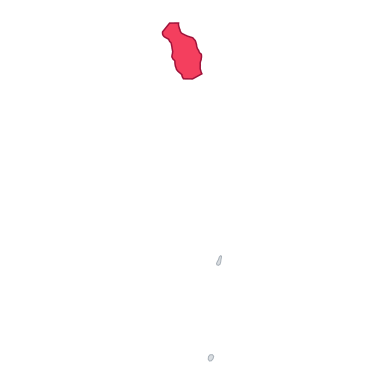 location of North Miladhunmadulu, Maldives
{"feature_id": "70690204B13524442343529", "entity_name": "North Miladhunmadulu", "entity_type": "district", "adm_level": 2, "iso_a3": "MDV", "parent_name": "Maldives", "parent_adm1": "", "projection": "robinson", "projection_center": [73.105, 6.23], "detail": "fine", "context": "in_parent", "style": "filled", "palette": "rose", "viewbox_px": 384, "rotation_deg": 0, "n_neighbors": 0, "source": "geoboundaries", "source_scale": "gbopen_adm2", "svg_char_len": 3176}
<svg xmlns="http://www.w3.org/2000/svg" viewBox="0 0 384 384"><path d="M220.0,264.3L218.5,265.3L217.0,264.9L216.5,263.7L217.2,261.9L218.5,259.6L219.3,257.1L220.6,255.7L221.5,256.2L221.4,257.6L221.0,259.5L220.7,262.0L220.0,264.3ZM211.3,360.8L209.4,361.0L208.2,359.2L208.5,356.6L210.0,354.8L212.4,354.7L213.7,356.3L213.0,358.8L211.3,360.8Z" fill="#d9dde1" stroke="#a8b0b8" stroke-width="1"/><path d="M162.6,31.8L162.6,32.0L162.5,32.4L162.5,32.8L162.5,33.2L162.5,33.4L162.6,33.6L162.6,33.9L162.6,34.2L162.8,34.7L162.9,35.0L163.0,35.1L163.2,35.5L163.4,35.7L163.5,35.9L163.7,36.1L163.9,36.4L164.0,36.5L164.5,36.9L164.6,37.0L165.0,37.2L165.5,37.5L166.0,37.8L166.5,38.0L167.0,38.3L167.4,38.6L167.7,38.7L168.0,38.9L168.3,39.0L168.5,39.2L168.7,39.3L168.8,39.6L168.9,39.8L169.0,40.1L169.2,40.5L169.3,40.7L169.5,41.0L169.7,41.5L170.3,42.0L170.6,42.3L170.8,42.5L171.0,42.8L171.2,43.3L171.3,43.9L171.4,44.3L171.5,44.7L171.6,45.1L171.6,45.6L171.8,46.2L171.9,46.9L172.0,47.5L172.0,47.9L172.1,48.5L172.3,49.2L172.3,49.6L172.5,50.4L172.5,50.8L172.7,51.3L172.7,51.9L172.6,52.3L172.5,52.8L172.5,53.5L172.3,54.0L172.2,54.5L172.1,55.0L172.0,55.6L171.9,56.3L171.9,56.7L172.0,57.2L172.3,57.6L172.7,58.5L172.9,59.0L173.3,59.4L173.7,59.7L174.0,59.9L174.7,60.7L174.9,61.2L174.9,62.2L175.0,63.7L175.4,66.2L175.6,66.7L175.9,67.4L176.0,67.8L176.2,68.3L176.3,68.8L176.4,69.2L176.7,69.7L177.1,70.2L177.5,70.7L177.8,71.1L178.0,71.3L178.7,71.9L179.1,72.3L179.4,72.6L180.0,73.0L180.5,73.4L180.9,73.8L181.3,74.2L181.6,74.4L181.9,74.6L181.9,75.0L181.9,75.5L182.0,76.0L182.2,76.3L182.4,76.8L182.5,77.1L182.6,77.5L183.0,78.0L183.2,78.3L183.4,78.5L183.5,78.8L192.6,78.9L201.9,73.8L201.8,73.6L201.6,73.3L201.5,72.9L201.4,72.7L201.2,72.3L201.0,71.7L200.9,71.3L200.7,70.7L200.7,70.4L200.5,69.9L200.4,69.6L200.3,69.2L200.2,68.8L200.2,68.3L200.2,67.8L200.2,67.2L200.2,66.5L200.2,66.0L200.2,65.5L200.3,65.1L200.2,64.5L200.2,64.0L200.2,63.6L200.2,63.4L200.2,62.9L200.3,62.5L200.4,62.0L200.5,61.4L200.7,60.9L200.9,60.3L201.1,59.8L201.2,59.0L201.2,58.6L201.3,58.2L201.4,57.7L201.5,57.0L201.5,56.3L201.5,55.7L201.4,55.2L201.4,54.6L201.1,54.0L200.8,53.7L200.4,53.5L199.9,53.1L199.7,52.9L199.4,52.4L199.1,51.8L198.9,51.4L198.8,51.0L198.7,50.6L198.6,50.3L198.2,49.9L197.8,49.3L197.5,48.8L197.4,48.4L197.2,48.0L197.0,47.4L196.8,46.8L196.7,46.4L196.6,46.0L196.6,45.5L196.6,45.1L196.5,44.7L196.4,44.2L196.2,43.6L196.1,43.2L196.0,42.8L195.8,42.1L195.6,41.6L195.5,41.2L195.3,40.8L195.1,40.4L194.7,40.0L194.4,39.7L194.1,39.4L193.8,39.0L193.6,38.8L193.4,38.4L193.2,38.2L192.9,38.0L192.4,37.7L192.2,37.6L191.7,37.4L191.3,37.3L190.8,37.2L190.2,37.0L189.5,36.8L188.9,36.5L188.3,36.4L187.6,36.2L186.8,35.8L186.2,35.5L185.9,35.4L185.4,35.2L185.0,35.0L184.6,34.8L184.1,34.5L183.6,34.3L182.9,33.9L182.3,33.6L181.5,33.1L181.1,32.7L180.8,32.2L180.6,31.7L180.3,31.3L180.2,30.9L180.0,30.5L180.0,30.3L180.0,30.2L180.0,29.9L179.9,29.6L179.8,29.3L179.6,29.1L179.5,28.8L179.4,28.7L179.4,28.4L179.3,28.2L179.2,27.9L179.2,27.6L179.1,27.3L179.0,27.0L178.9,26.8L178.8,26.4L178.7,26.1L178.7,25.7L178.6,25.3L178.5,24.9L178.5,24.6L178.5,24.2L178.5,23.6L178.6,23.3L178.6,23.0L169.6,23.1L162.6,31.8Z" fill="#f43f5e" stroke="#9f1239" stroke-width="1.5"/></svg>